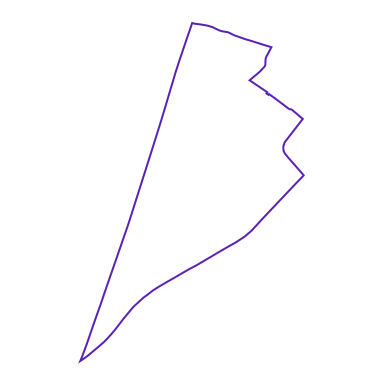 outline of Hadaiq Al-Qubba, Al Qahirah, Egypt
{"feature_id": "37247803B1921003738807", "entity_name": "Hadaiq Al-Qubba", "entity_type": "district", "adm_level": 2, "iso_a3": "EGY", "parent_name": "Egypt", "parent_adm1": "Al Qahirah", "projection": "equal_earth", "projection_center": [31.283, 30.086], "detail": "fine", "context": "isolated", "style": "outline", "palette": "violet", "viewbox_px": 384, "rotation_deg": 0, "n_neighbors": 0, "source": "geoboundaries", "source_scale": "gbopen_adm2", "svg_char_len": 1714}
<svg xmlns="http://www.w3.org/2000/svg" viewBox="0 0 384 384"><path d="M80.3,361.0L84.3,358.3L87.7,355.8L97.5,347.6L104.3,341.7L106.6,339.3L111.2,334.3L115.1,329.6L115.4,329.3L123.0,319.4L129.6,311.4L132.3,308.1L133.9,306.4L134.6,305.7L140.2,300.6L143.4,297.7L148.3,294.1L153.0,290.4L159.0,286.6L167.2,281.8L175.1,277.3L184.4,271.9L187.8,269.9L196.8,265.1L218.3,252.4L229.1,246.1L235.5,242.6L240.8,239.1L245.1,236.3L248.0,233.7L251.5,230.8L255.1,226.8L255.3,226.6L255.5,226.4L260.7,220.7L263.2,218.0L278.7,201.6L297.5,181.8L301.2,178.0L302.5,176.7L303.1,176.0L303.7,175.3L295.7,166.1L288.1,157.5L285.0,153.6L284.7,153.1L284.4,152.7L284.2,152.2L283.9,151.6L283.7,151.1L283.6,150.5L283.5,149.9L283.4,149.3L283.3,148.7L283.3,148.1L283.3,147.6L283.3,147.0L283.4,146.4L283.5,145.8L283.7,145.2L284.8,142.1L285.7,141.0L286.6,139.8L302.8,118.9L292.2,110.0L291.8,109.7L291.4,109.5L290.9,109.4L290.5,109.3L290.3,109.3L290.0,109.2L289.6,109.2L289.2,109.0L288.8,108.8L288.4,108.5L276.5,99.5L271.7,96.0L269.0,94.0L268.7,94.4L268.5,94.8L266.5,93.5L266.8,92.8L267.2,92.2L249.6,80.3L260.1,71.4L263.9,67.3L264.3,66.8L264.8,66.2L265.3,64.8L265.4,64.1L265.4,63.3L265.5,60.0L265.8,58.1L266.1,57.3L266.4,56.5L268.4,52.9L271.4,47.2L263.8,44.9L251.2,40.9L244.7,39.0L234.0,35.2L231.1,33.7L227.9,32.2L222.3,31.3L219.6,30.5L216.3,29.0L212.7,27.2L209.2,26.1L206.3,25.4L200.4,24.4L194.0,23.6L193.1,23.3L192.2,23.0L186.9,38.4L180.3,57.9L176.6,69.1L176.3,70.0L176.0,70.9L169.9,91.4L165.1,107.5L161.1,120.8L153.7,144.4L131.6,213.9L128.1,224.8L126.6,229.1L103.9,294.6L102.3,299.6L101.3,302.4L95.9,317.6L92.3,327.9L89.1,337.3L88.7,338.4L88.4,339.4L87.5,342.0L85.0,348.8L82.3,356.0L80.3,361.0Z" fill="none" stroke="#5b21b6" stroke-width="2"/></svg>